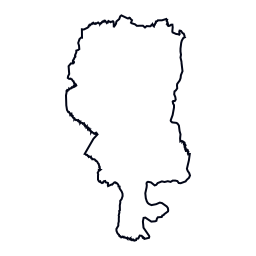 Saboba, Northern, Ghana (Equal Earth projection)
{"feature_id": "2480657B56307698722921", "entity_name": "Saboba", "entity_type": "district", "adm_level": 2, "iso_a3": "GHA", "parent_name": "Ghana", "parent_adm1": "Northern", "projection": "equal_earth", "projection_center": [0.158, 9.709], "detail": "fine", "context": "isolated", "style": "outline", "palette": "ink", "viewbox_px": 256, "rotation_deg": 0, "n_neighbors": 0, "source": "geoboundaries", "source_scale": "gbopen_adm2", "svg_char_len": 5745}
<svg xmlns="http://www.w3.org/2000/svg" viewBox="0 0 256 256"><path d="M98.1,22.5L95.9,23.8L95.6,23.3L94.5,23.8L93.3,22.8L92.7,23.7L92.3,23.3L91.6,23.7L90.1,25.4L89.4,25.6L89.2,25.2L88.5,26.3L88.6,26.8L87.6,27.7L83.8,29.5L81.9,29.3L82.0,37.6L81.3,37.5L79.5,39.1L78.2,43.0L79.0,45.5L79.3,49.1L78.1,50.0L76.3,50.6L76.3,52.4L75.1,55.1L75.0,55.8L75.3,55.9L75.4,56.7L74.2,58.1L74.1,58.9L73.7,59.2L72.9,60.7L72.9,62.1L73.9,61.9L74.1,63.0L74.0,62.8L73.5,63.3L72.5,63.5L70.9,63.4L68.6,66.2L69.2,74.0L68.1,76.2L67.8,77.9L69.2,78.9L70.6,78.6L70.9,79.0L71.8,79.3L72.8,80.9L73.6,81.3L73.9,82.6L74.3,82.8L74.3,83.5L75.8,84.3L76.3,85.5L75.1,86.3L74.9,85.4L73.9,86.9L73.4,87.1L73.3,86.5L72.5,87.6L71.9,87.8L71.6,87.5L71.0,88.4L70.4,88.4L69.4,89.2L69.1,88.9L69.0,89.6L68.0,89.9L67.7,90.6L67.1,90.1L66.5,90.9L66.6,92.2L66.0,95.4L66.3,105.4L67.0,109.9L68.2,112.0L69.0,112.0L69.7,113.4L70.3,113.5L70.3,114.5L70.9,114.0L71.1,114.7L71.5,114.3L71.7,115.7L72.3,115.5L72.8,115.9L72.7,117.2L73.0,117.6L74.3,118.5L74.3,119.0L74.6,118.6L75.3,119.8L76.1,120.2L76.6,119.9L77.7,120.2L77.9,120.7L78.4,120.3L78.8,121.1L78.9,120.8L79.4,121.1L79.3,121.8L80.1,122.6L80.3,122.4L80.3,122.9L80.6,122.5L82.3,123.0L82.6,123.5L83.6,123.3L83.5,123.7L84.0,123.6L84.8,124.6L84.5,125.3L85.3,125.6L85.2,126.5L86.4,126.9L86.7,126.6L86.6,127.6L87.3,127.3L88.0,128.0L88.0,128.5L88.4,128.0L88.7,128.5L89.1,128.5L89.0,129.0L89.4,129.1L89.0,129.4L89.1,129.8L89.7,129.4L90.1,130.1L89.9,130.5L90.3,130.6L90.0,131.2L90.3,130.9L91.1,131.4L91.1,132.1L91.4,131.6L92.1,132.0L92.1,132.4L93.6,133.0L93.9,133.5L94.3,133.4L94.5,133.7L95.6,133.0L95.6,133.6L96.3,133.5L96.2,134.1L97.1,134.3L97.2,134.0L97.5,134.4L93.5,138.7L84.7,153.9L85.5,154.1L86.1,154.9L87.1,154.9L87.8,155.9L88.2,155.9L88.8,157.0L89.7,156.5L90.4,157.0L90.9,156.8L90.9,157.4L91.3,157.8L91.3,158.3L92.1,158.6L92.3,159.3L94.0,159.2L94.9,159.6L95.6,160.7L95.9,160.6L97.2,161.7L98.2,163.6L98.7,163.9L99.1,165.7L99.6,166.6L99.2,167.1L99.8,167.8L99.9,169.7L100.4,169.8L99.8,170.3L98.8,170.0L98.8,170.9L97.7,172.8L98.2,174.5L98.0,175.6L98.0,179.6L98.8,181.1L99.4,181.7L100.2,181.3L100.6,182.2L102.0,183.1L103.0,182.7L103.2,181.9L103.9,181.2L105.2,181.0L105.6,182.3L107.9,182.9L108.1,183.8L107.8,185.1L108.1,186.1L111.5,184.5L112.0,184.7L114.4,182.4L115.2,182.3L116.0,183.1L116.5,182.9L118.1,184.5L118.5,185.6L118.5,186.4L119.6,186.6L119.6,188.4L121.7,191.6L122.5,193.7L122.6,196.1L121.6,199.1L120.2,200.9L120.3,202.7L119.8,205.3L119.9,210.2L119.2,210.9L119.4,212.4L118.7,215.6L119.0,216.8L118.8,217.8L118.8,221.5L118.3,223.5L118.3,225.7L116.4,229.0L116.5,230.9L117.4,233.1L118.5,234.5L119.0,234.7L119.3,236.0L120.0,236.5L120.5,236.3L121.2,237.4L122.3,237.1L122.6,236.7L123.5,237.3L123.9,236.9L124.4,237.6L125.3,237.5L126.3,238.2L127.3,237.7L127.6,238.5L127.9,238.1L129.5,238.7L129.8,238.1L129.7,238.7L130.0,238.5L129.9,238.8L130.4,239.6L131.2,239.3L131.5,239.8L131.9,239.4L132.6,240.0L132.9,239.8L133.1,240.3L133.7,240.4L133.9,240.0L134.6,240.6L136.1,240.1L136.5,238.6L138.3,238.5L139.7,235.6L141.7,235.8L142.3,236.7L142.8,236.8L142.7,237.7L143.0,238.0L144.1,237.9L144.4,238.9L149.0,237.8L149.3,236.6L149.0,235.7L143.5,227.7L142.9,221.5L143.6,217.9L145.3,217.6L151.3,221.6L155.1,221.3L156.4,220.8L156.9,218.7L157.8,217.3L161.7,217.0L162.3,215.5L163.6,215.1L164.2,214.2L168.0,211.4L168.2,210.1L167.9,208.1L166.8,206.5L162.0,203.1L159.8,202.6L156.1,204.2L151.5,205.1L149.2,204.1L147.8,203.0L146.8,201.3L145.8,198.2L145.3,193.2L146.6,187.3L146.8,185.0L146.5,183.8L146.8,182.5L148.0,181.8L151.0,182.4L154.7,185.4L156.3,184.8L157.6,183.1L161.9,181.4L164.6,182.0L167.8,181.2L170.6,181.9L172.7,180.6L175.4,180.6L177.4,181.1L178.7,183.0L180.7,183.2L185.6,181.4L186.8,179.8L189.0,177.8L190.0,175.5L189.2,173.1L187.7,170.9L186.9,168.8L188.9,160.3L189.8,153.9L189.0,153.8L188.7,154.5L188.2,154.5L187.8,153.0L188.3,151.7L187.7,151.4L187.9,150.9L187.8,150.2L187.0,150.0L186.8,150.8L185.9,150.9L185.8,150.2L186.2,149.5L185.4,149.4L185.6,148.6L185.2,148.6L185.2,147.7L184.7,147.5L184.6,146.8L185.1,147.1L185.0,146.5L185.6,145.3L184.9,144.1L184.7,144.6L183.9,144.3L183.8,143.5L184.2,143.2L183.8,142.5L184.1,142.3L182.7,141.3L182.3,141.7L182.3,141.3L181.0,140.9L180.3,141.3L180.1,138.4L180.5,134.3L179.6,131.1L178.9,125.6L178.0,124.2L176.9,123.2L176.6,123.3L176.8,123.1L176.5,122.9L172.2,122.4L170.9,121.2L170.7,120.3L172.6,115.1L174.0,107.6L174.0,105.1L173.1,103.6L172.7,101.6L173.2,101.0L174.7,101.1L175.7,99.6L175.3,97.0L174.2,94.3L174.5,91.4L175.8,90.4L177.2,88.4L177.0,85.3L177.2,83.9L179.7,80.5L180.6,78.0L180.9,75.2L182.5,71.2L181.5,62.7L181.3,62.7L181.5,62.6L181.4,61.4L180.5,57.5L181.0,54.7L180.5,51.7L180.5,48.6L181.2,42.9L181.8,40.6L183.3,38.0L184.8,37.3L184.5,36.9L184.5,35.8L183.7,33.6L182.6,33.2L181.1,31.0L180.3,31.1L180.0,30.6L179.6,30.6L179.2,31.9L179.7,34.0L179.2,34.7L178.1,34.2L176.2,34.0L172.6,32.4L172.3,31.3L172.7,27.4L172.4,24.7L171.1,24.7L169.8,25.7L168.3,26.0L167.5,25.0L167.5,24.2L167.0,24.0L167.4,23.3L167.9,23.8L167.6,22.7L167.3,22.7L167.4,22.0L166.7,21.1L167.1,19.8L166.4,19.7L166.2,19.0L162.0,20.3L157.9,20.3L157.3,21.1L155.9,21.5L155.9,22.8L155.2,23.3L154.8,24.8L154.1,25.4L153.9,26.4L153.5,26.1L153.7,25.3L153.3,25.3L152.7,24.4L152.6,24.8L151.6,24.7L151.2,25.6L150.2,26.3L146.6,26.1L145.0,27.5L142.9,25.7L136.8,25.8L135.0,24.3L131.8,23.3L131.0,22.7L132.0,20.2L130.5,18.9L130.0,18.0L129.3,17.7L128.4,18.4L127.6,18.4L121.4,15.4L120.2,16.4L119.2,19.1L116.6,21.3L116.2,22.2L116.1,23.5L114.9,25.6L114.4,25.8L113.8,27.3L113.7,23.1L113.4,21.7L112.9,21.2L111.8,21.8L111.1,21.7L110.5,22.2L108.4,21.0L108.0,21.6L107.8,22.5L107.2,22.5L106.8,23.0L105.1,20.7L104.4,20.6L103.9,21.6L103.5,21.2L102.7,21.4L102.6,21.9L101.9,22.1L101.4,23.2L100.8,23.1L100.2,23.9L100.2,23.5L99.3,23.6L98.1,22.5Z" fill="none" stroke="#020617" stroke-width="2"/></svg>